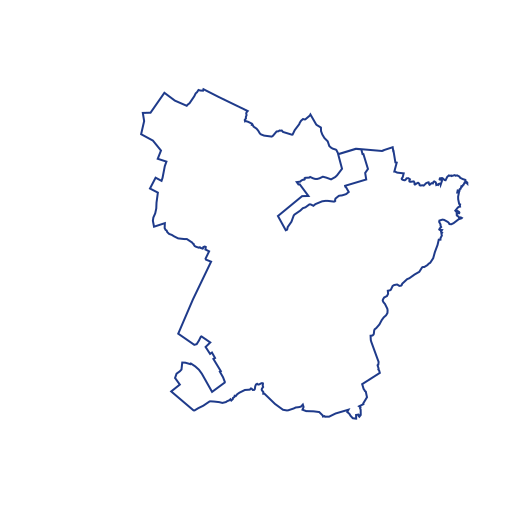 Orasu Nou, Satu Mare, Romania, rotated 118°
{"feature_id": "2599482B36409270859470", "entity_name": "Orasu Nou", "entity_type": "district", "adm_level": 2, "iso_a3": "ROU", "parent_name": "Romania", "parent_adm1": "Satu Mare", "projection": "equal_earth", "projection_center": [23.287, 47.846], "detail": "fine", "context": "isolated", "style": "outline", "palette": "blue", "viewbox_px": 512, "rotation_deg": 118, "n_neighbors": 0, "source": "geoboundaries", "source_scale": "gbopen_adm2", "svg_char_len": 6087}
<svg xmlns="http://www.w3.org/2000/svg" viewBox="0 0 512 512"><g transform="rotate(118 256 256)"><path d="M301.1,91.8L299.2,93.6L298.8,94.7L297.7,95.0L295.5,97.3L295.1,97.4L294.5,97.0L292.0,98.0L277.5,114.1L276.3,115.2L272.6,117.4L271.5,115.8L270.3,115.4L269.5,115.4L266.2,116.7L265.0,116.8L263.3,116.0L258.5,114.9L253.6,114.9L250.2,114.4L247.3,113.3L244.6,113.2L242.2,114.3L240.9,115.3L237.8,119.6L237.0,121.7L236.0,123.1L234.9,123.5L232.5,123.4L229.9,121.6L227.4,121.6L224.8,123.3L223.5,121.7L222.5,121.1L218.3,121.3L216.8,120.4L215.2,118.4L214.9,117.9L215.1,115.4L214.1,114.0L213.2,113.7L211.8,113.9L205.5,111.7L203.7,110.2L197.9,107.3L193.3,104.4L188.1,104.0L187.3,103.4L186.8,102.3L183.6,100.4L181.7,99.9L180.2,99.0L174.8,98.5L168.5,99.9L161.0,100.9L155.8,102.3L155.0,100.8L153.4,101.5L150.7,101.5L149.2,102.8L148.1,102.6L147.9,103.9L147.7,104.1L145.8,104.0L146.7,105.9L146.6,106.6L145.4,106.7L143.5,106.1L142.6,107.3L141.5,107.9L139.9,110.3L138.6,110.7L136.3,108.4L135.8,106.8L135.9,102.6L136.2,101.4L137.0,100.2L136.3,98.5L134.3,97.0L128.4,94.3L126.2,92.2L125.8,92.1L125.8,93.4L126.8,94.8L126.1,95.8L126.1,97.1L125.7,97.5L125.7,97.9L124.0,98.9L122.9,96.7L122.2,96.8L121.8,97.3L121.6,99.1L122.7,100.4L122.4,101.3L118.3,100.5L117.3,99.9L116.6,99.0L115.7,99.7L114.6,100.0L114.6,101.1L111.0,104.1L108.7,105.4L104.7,106.6L105.5,108.1L103.4,108.7L102.8,107.0L101.3,107.5L100.6,106.9L97.9,107.4L97.8,106.6L96.0,106.5L95.7,106.2L93.2,106.3L92.6,104.4L92.9,103.4L92.0,103.9L91.4,106.4L90.5,106.9L91.0,109.5L91.1,112.5L90.4,113.6L90.4,116.3L91.4,117.4L91.3,118.5L93.6,120.9L93.3,121.3L94.4,123.0L94.3,123.5L96.3,124.3L100.1,124.2L100.4,125.2L99.8,127.4L99.8,128.3L101.1,130.1L102.2,129.8L102.2,129.3L101.5,127.9L102.2,127.1L106.5,126.4L105.7,127.1L105.8,127.7L106.8,128.7L107.8,128.6L107.9,129.4L108.7,130.1L106.7,131.7L106.5,132.5L106.5,133.7L107.6,134.1L108.9,133.9L109.3,135.2L111.6,136.1L111.5,136.6L109.9,138.2L110.0,138.4L111.7,139.9L115.1,141.0L115.5,142.4L116.5,143.7L116.7,144.7L115.6,145.7L115.2,147.1L115.4,147.5L118.3,149.2L118.2,149.7L116.7,150.6L116.1,151.8L117.9,154.3L118.2,155.3L117.8,155.9L116.0,156.1L115.8,158.0L116.7,159.5L118.5,159.7L119.3,160.2L119.8,161.7L119.8,163.2L119.2,163.7L117.3,163.5L113.7,164.4L116.1,170.5L116.2,172.8L116.5,173.5L107.5,175.6L107.9,176.9L98.7,183.9L98.9,184.1L95.8,186.4L102.9,193.2L103.1,193.1L104.1,194.0L114.4,218.2L127.3,231.1L124.7,234.8L124.6,235.5L125.2,238.8L125.1,240.6L124.5,242.9L121.1,246.5L119.7,251.0L117.6,254.5L115.2,257.2L112.1,259.0L111.8,264.1L111.5,264.8L105.5,274.4L106.7,274.4L112.2,276.6L112.7,277.4L113.0,278.8L115.4,279.7L117.8,279.9L119.3,279.7L126.7,280.9L131.6,280.7L132.0,281.1L133.8,290.4L133.1,292.2L133.8,293.1L134.1,294.1L135.4,294.8L136.4,296.3L142.0,297.5L143.2,298.2L145.9,305.4L146.3,308.7L146.0,310.1L144.3,312.9L143.3,315.3L142.9,318.9L141.9,320.3L142.2,321.2L141.2,321.4L141.1,321.7L141.2,325.8L141.7,328.6L142.2,328.9L141.2,329.8L139.2,329.5L138.1,330.2L136.0,330.5L134.7,331.6L133.6,331.8L131.9,331.4L133.1,363.4L133.4,380.7L134.9,380.4L136.1,383.0L136.4,384.7L139.2,385.0L140.7,385.6L144.0,385.5L152.3,386.4L154.5,387.4L155.9,387.7L156.9,400.6L154.9,413.5L179.0,416.4L182.8,423.1L189.4,418.1L202.1,414.7L202.4,414.6L202.5,401.2L207.5,389.4L216.3,388.4L214.7,379.4L219.5,378.7L230.9,375.2L234.0,374.7L234.0,381.4L246.2,381.3L246.1,372.4L255.6,368.9L260.8,366.4L265.7,365.0L270.2,364.7L273.3,363.6L278.0,359.8L269.8,351.9L274.2,349.8L275.4,348.1L275.5,346.8L276.5,345.7L277.3,343.1L276.9,340.2L277.1,337.7L277.0,333.0L274.6,327.0L273.5,325.0L274.1,318.6L274.7,317.6L274.7,316.6L275.3,316.1L276.0,314.8L276.0,313.3L275.5,310.3L274.9,310.1L274.6,309.3L274.9,308.5L274.6,307.6L274.7,306.8L274.3,306.4L272.8,306.7L271.7,305.7L271.6,304.6L274.0,303.7L273.9,299.6L282.0,299.3L282.7,298.5L282.1,293.0L324.0,291.3L361.1,288.2L363.4,268.8L361.7,267.0L357.6,266.7L353.1,266.8L352.6,266.4L353.8,255.8L360.0,257.8L364.0,250.6L361.9,249.6L365.3,244.3L366.9,245.3L374.2,233.0L375.1,233.6L378.6,228.1L381.8,224.4L382.4,224.2L396.6,231.0L385.4,248.5L383.2,253.0L382.0,257.8L381.5,262.9L381.6,263.2L382.3,263.2L383.4,268.4L384.7,271.1L391.2,268.5L393.5,269.1L397.2,270.9L401.7,270.2L405.3,262.9L415.4,267.3L421.6,238.9L421.5,238.2L421.1,237.7L417.4,235.5L413.0,232.3L406.2,228.7L405.6,227.8L404.2,224.7L402.3,219.9L401.5,216.7L399.1,214.0L397.9,213.4L395.9,211.8L394.5,211.3L395.2,210.0L393.2,209.3L392.2,209.7L390.7,208.9L389.4,209.2L389.1,208.1L386.9,207.7L384.5,206.5L379.5,202.9L376.9,198.7L375.3,198.3L375.2,197.6L375.8,195.9L375.0,194.7L373.9,194.6L371.5,195.5L369.5,195.7L368.3,195.0L368.5,193.8L368.1,193.1L365.7,191.4L365.3,190.7L365.2,190.1L365.5,189.9L367.5,189.1L368.3,188.2L370.3,188.5L371.4,188.2L372.0,187.4L372.5,185.9L374.2,184.9L373.6,184.0L377.7,169.8L379.1,160.0L377.9,156.3L377.2,155.2L372.9,151.1L371.1,149.8L369.4,147.3L367.9,145.6L365.2,144.9L367.0,143.1L369.9,142.8L369.4,138.9L366.1,132.2L364.1,126.9L365.5,122.2L366.3,121.5L365.2,120.3L365.5,119.6L363.5,116.0L357.7,111.8L348.3,102.2L350.9,102.2L351.5,99.5L352.7,97.5L353.8,94.4L352.7,91.4L352.6,91.2L349.4,93.0L347.9,91.1L348.3,90.2L349.1,90.1L349.4,89.3L347.2,88.9L342.6,91.4L341.6,92.6L340.6,92.7L340.3,94.4L336.4,91.6L335.8,92.1L328.6,91.7L324.2,95.4L324.1,96.4L323.5,97.2L322.9,98.5L319.3,102.1L301.1,91.8ZM136.7,194.6L152.2,210.3L152.9,209.7L153.2,208.5L155.9,204.2L158.9,205.4L159.9,206.3L162.3,208.7L163.0,209.9L164.0,211.1L168.0,212.8L169.6,212.4L170.2,211.9L170.8,212.1L171.4,212.7L173.5,218.2L174.8,220.7L176.7,223.3L182.3,227.9L184.7,228.9L184.8,232.0L185.4,233.1L189.8,235.2L191.8,237.1L195.1,238.2L201.4,241.5L202.6,241.7L209.1,240.8L215.5,241.6L218.1,240.9L219.3,241.8L210.4,255.4L181.5,243.4L178.4,237.9L172.2,251.0L172.9,252.1L171.6,254.7L169.6,251.9L168.1,251.4L166.8,250.5L166.1,249.4L165.5,249.0L164.6,249.6L163.9,249.3L161.8,245.8L160.8,245.3L160.6,242.0L160.2,240.0L159.3,238.2L157.6,236.4L154.6,234.2L153.8,230.7L153.1,225.7L149.1,223.1L146.7,222.3L138.6,221.0L127.6,231.2L114.5,218.0L112.4,213.1L116.0,209.8L115.6,209.0L126.6,198.0L131.4,198.6L136.7,194.6Z" fill="none" stroke="#1e3a8a" stroke-width="2"/></g></svg>